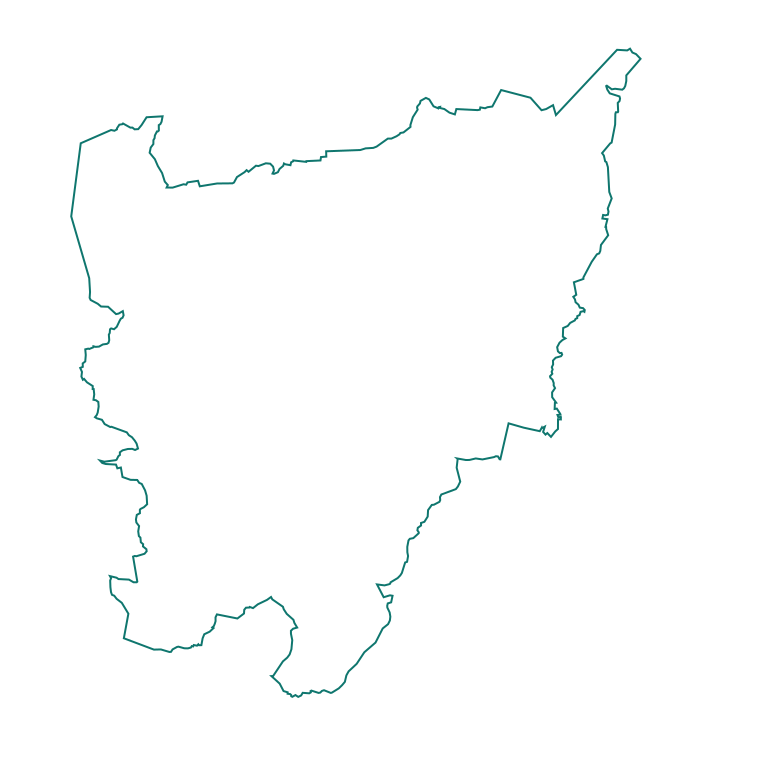 San Diego de Alejandría, Jalisco, Mexico (Mercator projection), rotated 352°
{"feature_id": "50627088B15513266665518", "entity_name": "San Diego de Alejandría", "entity_type": "district", "adm_level": 2, "iso_a3": "MEX", "parent_name": "Mexico", "parent_adm1": "Jalisco", "projection": "mercator", "projection_center": [-102.038, 20.956], "detail": "fine", "context": "isolated", "style": "outline", "palette": "teal", "viewbox_px": 768, "rotation_deg": 352, "n_neighbors": 0, "source": "geoboundaries", "source_scale": "gbopen_adm2", "svg_char_len": 6098}
<svg xmlns="http://www.w3.org/2000/svg" viewBox="0 0 768 768"><g transform="rotate(352 384 384)"><path d="M683.3,97.7L679.5,92.4L676.1,90.3L674.3,86.2L671.3,87.5L661.3,85.5L591.7,141.6L590.2,131.4L582.8,134.3L578.1,134.8L568.9,120.9L540.9,109.2L529.9,124.3L524.9,124.3L522.5,125.0L517.9,123.5L517.1,125.7L514.8,125.8L493.9,121.8L491.7,126.9L486.6,124.4L482.0,120.1L477.7,118.4L478.1,117.4L476.6,117.5L476.1,118.6L471.7,115.9L468.4,108.5L465.3,106.5L459.6,108.7L458.6,111.2L455.6,113.8L455.2,115.0L455.5,117.0L449.7,123.8L446.2,131.2L446.0,133.1L438.3,137.6L435.1,137.7L434.1,138.9L430.9,140.4L425.5,142.0L422.0,141.5L409.7,147.9L406.2,148.7L398.6,148.1L393.1,149.0L359.1,145.5L358.5,150.8L353.2,150.5L352.2,153.8L338.1,152.5L337.9,153.2L325.3,150.0L325.0,150.8L322.9,151.5L321.8,154.3L316.9,152.7L315.6,151.7L314.6,153.9L310.5,156.5L308.4,159.5L304.3,160.6L302.9,160.1L304.8,157.2L304.4,153.3L302.0,150.0L297.7,149.0L290.0,150.7L287.6,150.0L279.4,155.0L277.7,153.1L275.4,154.8L267.2,158.6L263.5,163.6L261.9,164.2L246.6,162.2L229.1,162.6L228.1,156.9L217.5,157.0L215.9,159.1L213.3,158.3L202.1,160.1L196.1,159.2L197.6,156.9L195.1,153.1L193.6,144.2L190.4,136.7L188.4,129.5L184.1,122.4L185.9,117.4L189.0,114.3L189.6,110.4L191.0,108.7L191.7,106.0L194.3,102.3L195.0,102.5L196.3,101.7L197.0,96.3L198.7,95.5L200.2,93.4L202.0,88.1L186.0,86.8L180.0,93.8L176.1,97.4L172.5,97.1L170.6,95.1L168.5,94.8L161.8,89.7L161.1,90.3L158.0,90.4L155.1,93.7L155.0,94.7L152.3,95.7L149.1,94.5L117.2,103.4L97.6,174.5L106.8,238.2L105.7,252.0L104.5,257.7L105.2,260.0L111.7,264.7L114.6,267.9L121.5,269.1L128.4,277.5L131.0,277.3L135.5,275.5L135.7,279.7L134.3,282.0L132.5,282.7L131.0,284.6L127.3,290.2L124.3,292.2L121.5,291.0L120.3,291.7L119.5,295.3L118.4,296.8L118.0,302.4L116.9,304.9L115.2,305.7L111.1,305.7L107.0,307.3L103.6,307.1L101.5,306.2L101.3,307.2L97.0,308.3L96.0,307.8L93.0,308.1L92.7,313.8L91.3,320.1L88.5,321.7L88.1,325.1L85.4,325.8L86.6,330.0L85.4,334.5L86.4,337.9L87.7,337.2L90.1,341.0L95.3,345.5L94.8,348.4L95.8,348.6L95.6,354.0L94.1,359.2L96.5,360.0L98.6,362.0L98.3,366.6L96.5,372.5L95.1,374.9L93.2,376.6L94.8,378.0L99.7,380.2L101.8,384.8L106.9,388.5L108.1,388.4L122.6,396.1L124.2,399.2L127.0,401.6L129.3,405.4L130.7,408.6L131.4,413.7L128.3,414.7L125.7,413.2L121.3,412.7L115.9,413.3L112.9,414.9L112.6,417.5L110.9,418.5L108.7,421.7L107.7,422.1L96.2,422.0L92.1,420.3L94.0,423.0L97.3,424.5L107.4,426.5L108.2,430.4L111.8,430.1L112.1,439.7L119.6,443.6L126.3,444.7L127.8,447.8L130.2,449.3L132.6,456.1L133.4,461.6L132.7,470.1L129.1,472.6L125.4,473.9L124.7,474.7L124.3,478.0L121.0,479.2L119.5,483.6L119.5,486.7L121.7,490.6L120.1,495.7L120.1,500.5L121.4,502.2L121.2,506.9L123.2,509.1L122.7,511.3L125.7,514.5L125.7,516.6L123.2,518.8L114.8,520.1L113.2,519.6L111.5,520.0L112.2,545.4L111.5,545.9L108.4,545.5L104.2,542.2L93.9,540.2L92.2,538.6L85.9,536.1L86.7,538.3L85.5,540.5L84.8,547.1L84.7,552.1L85.3,554.9L87.4,556.1L89.3,559.5L93.9,564.2L98.9,575.9L91.0,599.6L119.2,615.0L126.1,615.8L134.2,619.5L135.8,619.6L137.7,617.4L142.4,615.6L143.9,615.5L149.4,617.9L153.0,618.5L156.1,618.1L157.2,616.8L158.5,617.3L159.3,616.0L162.4,617.1L163.9,615.9L164.4,616.9L166.8,617.2L169.0,610.6L171.2,606.8L176.9,605.0L181.2,602.0L180.1,601.1L181.8,600.0L183.1,597.8L184.2,595.4L184.7,591.6L186.5,588.9L206.2,595.8L213.4,591.8L214.2,588.1L216.2,586.3L219.6,586.6L220.0,586.1L223.1,587.7L228.4,584.6L238.1,581.5L242.5,579.2L243.4,581.7L252.9,590.5L253.4,593.2L255.7,598.1L261.5,604.9L262.0,608.1L264.1,613.1L259.9,613.7L257.5,615.4L257.1,618.4L257.5,624.9L255.4,633.8L252.9,638.7L250.1,641.5L245.3,644.6L233.6,657.7L231.9,657.6L239.0,666.2L241.8,674.1L245.7,675.9L245.4,677.3L247.9,678.0L248.8,679.1L248.7,680.3L249.7,681.0L253.0,679.7L255.5,681.9L258.6,680.9L260.5,678.5L266.9,679.9L268.6,679.2L268.5,677.9L269.4,677.5L276.2,680.8L278.0,680.7L279.8,679.3L282.0,678.9L288.3,682.5L289.4,682.4L296.9,679.1L300.7,676.3L303.8,673.5L306.2,667.3L309.0,663.6L318.0,657.3L327.2,646.9L339.6,638.9L348.7,625.9L354.6,622.4L356.9,619.0L357.9,615.3L357.8,611.0L356.2,605.9L356.3,604.1L357.2,601.8L360.7,601.2L363.0,594.9L360.5,594.1L354.0,595.1L349.2,581.5L356.5,583.5L361.1,583.0L362.3,582.6L362.9,581.3L370.5,578.1L373.5,575.8L375.4,573.6L380.1,563.7L382.1,563.3L383.9,557.7L383.7,553.9L384.4,548.5L386.5,542.3L388.0,540.9L391.6,540.7L397.6,536.6L397.8,535.7L396.7,533.5L397.5,531.1L401.0,529.3L401.3,526.8L404.8,526.1L408.8,521.4L410.1,515.0L414.5,510.4L416.6,510.5L422.5,508.4L423.5,506.8L423.7,503.8L425.4,501.4L440.5,498.1L442.9,495.8L445.9,491.3L444.3,477.0L446.5,468.5L446.0,467.9L454.6,470.7L458.1,471.1L464.5,470.5L471.0,472.4L482.7,471.7L484.8,471.1L486.8,471.6L488.0,474.6L488.7,474.8L501.9,440.3L516.3,446.7L531.7,452.4L534.2,449.2L534.3,449.7L537.3,448.6L534.9,453.6L536.9,456.6L538.9,455.3L542.0,459.6L547.0,454.8L550.0,452.8L551.4,443.2L554.2,443.7L554.5,441.4L555.4,441.3L552.0,441.1L551.5,438.8L554.5,438.9L554.4,438.2L551.7,432.4L549.5,432.5L550.6,426.5L551.9,426.5L548.7,420.5L549.3,415.7L552.8,411.9L551.8,409.0L552.2,406.7L551.5,403.2L549.6,400.9L549.5,399.4L552.1,397.3L551.7,395.3L553.0,393.1L552.5,390.7L554.2,388.2L554.6,384.3L557.6,381.9L563.2,381.1L564.5,379.7L564.1,377.9L562.4,377.8L560.8,375.9L560.6,371.6L563.6,367.5L566.8,365.3L570.0,364.1L567.7,362.0L569.2,353.5L574.0,352.1L576.9,349.4L581.8,347.6L582.7,346.2L584.5,345.7L584.8,343.7L587.3,342.9L588.7,339.9L591.6,339.6L592.5,340.4L593.1,338.7L591.7,336.6L588.5,335.6L587.6,332.5L585.1,329.7L584.9,326.8L583.6,324.0L586.8,322.4L586.2,309.7L596.1,307.7L596.3,306.2L606.7,291.9L612.9,285.2L615.3,284.6L616.7,282.3L618.2,276.5L626.7,267.9L625.6,261.6L625.8,259.3L625.2,259.2L628.2,251.9L623.3,250.5L624.5,247.1L626.7,247.8L629.3,247.5L630.3,244.5L630.0,241.4L635.3,231.9L633.8,225.2L635.9,200.4L635.1,195.2L634.0,194.3L633.5,188.4L632.1,185.7L641.5,177.2L643.0,176.6L649.0,159.2L650.7,148.7L651.4,147.2L653.4,147.4L653.8,146.8L654.6,138.2L656.7,136.5L657.5,134.1L657.2,132.0L648.0,127.6L646.1,123.5L645.5,119.9L646.2,119.6L650.6,123.9L653.9,123.8L660.9,125.7L662.8,124.6L664.4,122.4L666.1,117.7L666.9,112.1L683.3,97.7Z" fill="none" stroke="#0f766e" stroke-width="2"/></g></svg>